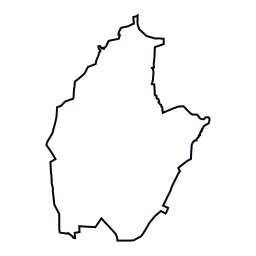 the district of Talata Mafara, Zamfara, Nigeria
{"feature_id": "59680162B53803782710688", "entity_name": "Talata Mafara", "entity_type": "district", "adm_level": 2, "iso_a3": "NGA", "parent_name": "Nigeria", "parent_adm1": "Zamfara", "projection": "mercator", "projection_center": [6.093, 12.397], "detail": "fine", "context": "isolated", "style": "outline", "palette": "ink", "viewbox_px": 256, "rotation_deg": 0, "n_neighbors": 0, "source": "geoboundaries", "source_scale": "gbopen_adm2", "svg_char_len": 3644}
<svg xmlns="http://www.w3.org/2000/svg" viewBox="0 0 256 256"><path d="M50.4,162.0L51.0,173.0L51.4,175.2L51.5,177.6L51.8,180.2L51.5,182.4L51.9,183.9L52.3,185.7L52.9,188.5L52.8,190.7L54.3,204.5L59.2,214.0L59.3,229.8L59.7,232.4L61.2,232.9L62.9,233.0L67.6,233.7L67.7,233.4L68.1,233.0L68.4,233.2L68.9,233.6L69.3,233.9L69.6,234.1L70.1,234.6L70.7,235.0L71.1,235.2L71.2,235.3L71.3,235.4L71.4,235.6L71.6,235.7L71.8,235.9L72.0,236.1L72.3,236.3L72.5,236.4L72.5,236.5L72.7,236.8L73.0,237.1L73.2,237.7L73.3,237.8L73.5,237.9L73.6,238.0L74.4,238.1L74.7,238.2L75.1,238.2L74.7,232.8L76.4,232.6L77.6,232.4L79.5,232.1L79.3,226.2L88.6,226.8L93.3,227.0L95.3,227.2L95.6,226.8L96.1,226.2L97.5,224.0L101.3,218.4L107.7,225.2L115.5,233.7L117.1,237.4L117.4,240.6L129.7,240.6L133.5,240.4L141.3,236.1L143.7,232.6L147.6,226.2L149.3,223.0L150.8,221.2L152.9,218.7L154.2,216.9L157.4,214.0L160.9,211.0L165.5,213.5L167.1,210.7L168.1,207.8L163.0,205.6L165.2,201.4L167.8,196.0L170.1,191.6L172.3,185.6L174.5,181.1L176.8,176.5L178.4,173.4L179.9,171.2L178.3,168.0L180.2,166.4L181.8,165.1L183.9,163.5L187.1,161.0L191.0,158.9L191.1,154.2L191.4,149.5L191.6,147.8L191.6,146.1L191.7,145.0L192.5,143.1L193.0,142.1L193.3,141.8L193.5,141.5L193.8,141.4L194.2,141.2L194.4,140.7L195.0,140.4L195.4,140.4L195.8,140.5L196.0,140.5L196.4,140.5L196.6,140.2L196.4,139.9L196.2,140.0L196.1,139.9L197.4,138.0L197.7,137.6L198.3,137.5L198.5,137.2L198.7,136.9L198.8,136.6L198.8,136.2L198.9,135.8L198.9,135.5L199.1,135.5L200.0,135.3L200.1,134.9L199.9,134.7L199.8,134.3L199.8,133.8L200.0,133.3L200.4,132.8L200.6,132.2L201.0,132.0L201.1,131.8L201.1,131.6L200.8,131.3L200.9,131.1L201.3,130.9L201.7,131.0L202.0,130.7L202.2,130.3L202.1,130.1L201.8,129.8L202.0,129.2L203.0,128.1L203.5,126.4L205.9,124.8L208.7,123.4L209.1,121.8L209.6,119.5L208.9,117.5L207.3,117.4L206.5,117.2L205.7,117.3L205.2,117.7L204.0,119.2L201.8,119.2L200.5,118.7L199.5,117.9L199.1,117.1L197.7,115.3L196.8,114.6L194.9,114.5L192.6,114.6L190.9,113.7L187.3,110.3L185.8,108.7L183.5,106.3L178.5,106.5L173.0,108.5L162.8,112.8L162.6,110.9L162.6,110.1L162.3,109.6L162.5,108.7L162.3,108.0L162.1,107.1L161.3,106.6L161.2,104.9L160.3,104.4L159.8,104.0L159.5,103.5L159.3,103.0L158.5,102.4L158.6,101.9L158.8,101.5L159.1,101.1L158.9,100.6L158.6,100.0L158.5,99.3L158.3,98.9L157.6,98.7L157.0,98.6L156.8,98.4L156.6,98.1L156.6,97.6L156.5,95.7L155.3,95.5L154.8,94.9L154.7,91.4L154.2,84.3L151.9,84.2L152.9,79.8L153.5,72.7L153.4,71.3L153.0,69.5L152.0,67.9L154.0,67.6L153.7,64.1L154.5,56.9L154.7,51.0L154.8,47.2L163.7,44.1L163.7,38.8L159.2,38.4L155.2,38.5L146.6,36.0L146.4,35.9L142.7,32.4L139.3,29.4L137.8,25.2L137.5,23.3L137.5,20.3L137.7,15.4L136.0,16.4L133.3,17.1L133.6,21.2L133.8,23.1L133.9,23.7L132.4,24.2L128.1,26.3L121.1,27.8L119.3,31.2L118.7,32.8L118.7,33.4L118.7,33.5L118.4,34.6L119.9,35.1L118.7,38.8L112.0,40.1L108.6,40.9L107.2,43.8L106.3,46.0L105.8,46.4L105.4,47.0L104.9,47.5L104.3,47.6L104.2,47.9L104.1,48.3L103.9,48.9L103.4,48.8L103.0,48.5L102.8,48.2L102.7,48.0L102.2,48.4L101.6,48.4L101.2,47.7L100.6,46.7L100.1,46.1L99.3,46.1L98.8,46.1L98.4,46.2L98.3,46.6L98.6,47.3L98.5,47.7L98.7,48.1L98.8,48.5L99.0,48.9L99.2,49.0L99.3,49.1L99.4,49.3L99.5,49.4L99.6,49.6L99.7,49.8L99.8,50.0L100.0,50.2L100.3,50.6L100.5,51.0L100.4,51.4L99.2,52.5L98.5,55.3L96.4,60.3L95.6,64.0L87.9,67.0L84.6,73.5L77.8,79.4L75.4,81.0L74.7,82.6L74.7,84.2L74.5,86.5L74.0,89.5L73.7,94.8L73.5,98.0L73.1,98.8L71.5,99.2L70.1,99.8L69.2,99.9L68.3,100.5L66.9,100.8L66.0,101.2L64.8,101.7L64.1,102.6L63.0,103.8L62.5,104.3L61.1,105.8L57.1,107.2L56.5,116.8L55.2,122.8L52.4,133.2L47.0,142.4L46.4,145.1L50.0,150.1L53.5,155.6L55.5,159.1L50.4,162.0Z" fill="none" stroke="#020617" stroke-width="2"/></svg>